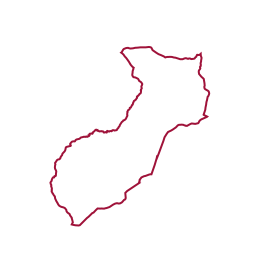 outline of Saliste, Sibiu, Romania, rotated 341°
{"feature_id": "2599482B49493178649584", "entity_name": "Saliste", "entity_type": "district", "adm_level": 2, "iso_a3": "ROU", "parent_name": "Romania", "parent_adm1": "Sibiu", "projection": "mercator", "projection_center": [23.761, 45.54], "detail": "fine", "context": "isolated", "style": "outline", "palette": "rose", "viewbox_px": 256, "rotation_deg": 341, "n_neighbors": 0, "source": "geoboundaries", "source_scale": "gbopen_adm2", "svg_char_len": 5782}
<svg xmlns="http://www.w3.org/2000/svg" viewBox="0 0 256 256"><g transform="rotate(341 128 128)"><path d="M220.9,81.5L219.5,82.1L219.1,82.1L217.8,81.7L217.3,81.3L217.2,81.3L216.8,81.6L216.7,81.9L216.1,82.3L215.8,82.8L215.6,82.9L214.7,83.1L213.7,83.9L213.1,84.0L211.9,83.8L210.2,83.4L209.2,82.4L208.3,82.1L207.5,82.2L207.2,82.1L205.6,80.9L204.9,80.7L203.7,80.6L203.0,80.7L202.0,80.7L200.6,80.2L199.7,79.9L195.8,77.0L194.2,76.2L192.8,75.2L191.7,74.7L188.6,73.7L187.0,73.4L186.2,73.4L185.8,72.9L185.6,72.5L185.0,71.8L183.0,69.9L180.9,68.1L179.3,66.1L176.6,62.4L176.3,60.0L175.8,59.1L174.2,58.2L171.0,57.5L166.1,55.8L163.0,55.1L160.9,54.5L158.8,54.3L156.3,53.7L155.2,53.1L154.1,52.2L152.3,51.8L149.9,51.9L149.0,52.3L146.7,54.3L146.1,54.5L146.8,55.5L147.7,57.2L148.0,58.5L148.5,59.9L149.0,60.9L149.7,63.1L150.5,65.9L150.7,67.1L151.0,68.0L150.9,68.4L151.1,69.0L151.6,70.3L152.1,71.5L153.0,72.9L152.4,73.5L152.2,74.1L151.7,74.7L150.9,75.8L150.2,77.5L149.5,78.7L149.2,79.9L149.6,81.3L149.7,81.7L151.4,82.6L152.6,83.8L153.5,84.8L153.7,85.4L153.9,87.1L154.1,87.4L154.7,88.1L155.3,89.0L155.7,90.2L155.8,91.1L155.6,91.3L155.1,92.1L154.4,92.8L154.1,93.3L154.0,93.7L154.0,94.4L154.0,94.8L153.7,95.2L152.7,96.0L152.6,96.5L152.4,96.6L152.5,97.0L151.8,98.5L151.5,99.0L151.0,99.4L150.1,99.5L149.5,100.0L148.9,100.4L148.7,100.4L148.2,100.8L147.6,100.9L147.4,100.9L147.2,101.3L146.6,101.4L146.5,101.6L146.3,102.5L145.9,102.7L144.5,103.8L143.9,103.9L143.4,104.2L142.4,104.4L141.9,105.0L141.5,105.4L141.3,105.8L140.9,106.0L140.7,106.3L140.3,107.1L139.9,107.5L139.1,107.7L138.9,108.1L138.6,108.3L137.7,109.2L137.2,109.6L136.3,109.5L136.2,109.6L135.9,110.3L135.6,110.7L135.2,110.9L133.7,111.3L133.4,111.8L132.7,112.4L132.7,112.6L132.7,113.0L132.2,113.5L132.0,114.0L131.9,114.6L131.5,115.2L131.5,115.8L131.4,116.2L130.2,117.3L129.6,118.0L128.7,118.8L127.2,119.4L126.1,119.3L125.2,120.0L124.1,120.3L123.1,121.1L122.5,121.5L121.9,122.1L121.3,122.5L121.1,122.7L120.8,123.3L120.4,123.6L119.9,123.9L119.6,124.0L119.2,124.3L119.0,124.7L118.3,125.1L117.8,125.2L117.1,126.0L116.8,126.2L116.4,126.3L114.4,126.0L113.9,125.5L112.9,125.1L112.2,125.2L111.8,125.6L111.4,125.7L111.0,125.4L110.1,125.1L109.6,125.1L109.1,125.0L108.9,125.2L108.7,125.1L107.7,124.1L107.4,124.0L107.2,124.1L107.1,124.6L106.8,125.0L106.4,125.3L106.0,125.2L105.6,124.7L105.3,124.5L104.2,124.6L103.6,124.3L103.5,123.4L103.3,123.1L103.1,122.9L102.5,122.8L102.2,122.7L101.8,122.3L101.3,122.2L100.5,122.1L99.8,121.9L99.6,121.5L98.6,120.9L98.6,120.5L98.2,120.4L98.3,120.0L97.9,120.0L97.5,119.6L97.3,119.2L97.0,119.2L96.0,119.5L95.2,120.1L93.8,120.5L93.0,121.0L92.7,121.2L92.8,121.6L92.5,121.8L91.6,121.3L91.1,121.3L90.3,121.0L89.9,121.0L89.7,121.1L89.3,122.4L88.8,122.7L88.6,122.4L88.5,122.1L88.3,122.0L87.7,122.9L87.1,123.1L86.3,123.0L85.9,122.5L85.7,122.4L84.6,122.5L83.6,121.9L82.8,121.9L80.7,121.7L80.1,121.7L79.0,122.3L78.5,122.4L75.7,122.1L75.1,122.2L74.5,122.4L73.6,123.2L73.3,123.3L72.9,123.2L72.0,122.8L70.9,122.7L70.6,122.7L69.9,123.0L68.3,124.0L68.1,124.3L68.0,124.7L68.3,125.7L68.1,126.1L67.8,126.3L66.6,126.1L64.2,125.9L63.7,125.9L63.0,126.1L62.7,126.4L62.2,127.4L62.0,127.6L61.5,128.5L60.9,129.1L60.2,129.6L58.1,130.7L57.6,131.0L57.0,132.0L56.7,132.3L56.1,132.6L54.6,133.8L54.4,134.0L54.3,134.4L54.1,134.6L53.3,135.1L53.0,135.2L51.6,135.0L51.0,135.1L50.1,135.4L49.4,136.1L48.6,136.7L48.0,137.0L47.7,137.3L47.6,137.6L47.5,138.6L47.4,139.0L47.0,139.4L46.1,141.3L46.0,141.6L45.8,142.8L46.1,145.0L46.0,145.8L45.0,147.8L44.4,149.3L44.1,149.7L43.9,149.8L43.2,149.6L42.7,149.7L42.4,150.3L42.1,150.6L41.2,150.3L40.6,150.6L39.6,151.5L38.9,152.4L38.7,153.0L37.3,154.0L36.9,154.4L36.7,155.7L36.9,156.2L36.9,156.8L36.9,157.1L36.7,157.3L36.4,157.9L36.4,159.9L36.3,160.6L36.2,160.8L35.9,161.1L35.9,161.3L35.9,161.6L35.7,162.2L35.3,162.6L35.1,163.4L35.4,164.2L35.4,165.4L35.7,165.8L35.9,167.1L36.0,167.5L36.1,167.9L36.5,168.7L36.5,169.5L36.3,169.9L36.2,170.8L36.2,171.7L36.4,173.0L36.4,173.7L36.6,174.4L36.8,175.7L37.0,176.1L37.0,176.4L37.1,177.4L37.4,178.4L37.8,179.3L38.9,180.5L39.5,181.0L40.9,181.9L41.8,182.7L42.3,183.3L42.5,183.9L43.0,185.3L42.8,186.3L42.8,186.7L43.1,187.9L44.0,189.4L44.5,189.9L44.7,190.2L44.8,191.9L45.2,193.3L45.4,193.7L45.6,194.8L45.4,195.1L45.4,196.0L45.2,198.6L45.1,199.3L44.4,199.9L43.4,200.9L44.9,201.9L46.7,202.9L49.6,204.1L50.8,204.2L60.0,199.7L61.8,199.1L66.6,196.8L67.8,196.8L70.8,195.2L73.0,194.2L75.6,195.2L76.8,195.5L78.4,196.2L79.4,196.5L80.3,196.5L81.7,196.7L84.8,196.7L89.0,195.6L91.2,195.3L93.1,195.5L94.4,196.3L95.7,196.7L96.6,196.6L98.1,196.3L100.9,194.7L102.0,194.6L102.4,194.3L102.9,193.7L103.1,193.3L104.3,188.5L106.7,187.3L120.8,183.6L120.6,183.4L120.6,183.2L120.9,182.9L121.1,182.7L121.2,182.4L121.4,182.3L121.5,182.1L121.8,181.9L121.9,181.7L121.8,181.4L122.2,180.7L122.8,180.3L123.7,179.8L124.4,179.2L125.5,179.0L127.6,178.8L128.8,179.0L132.9,178.9L134.4,179.1L135.1,179.4L141.0,171.9L145.3,165.9L145.7,165.2L145.8,165.6L148.8,162.1L157.3,151.7L159.5,148.7L162.7,146.1L164.6,144.8L167.6,144.5L169.6,144.1L173.5,143.0L176.0,141.7L177.3,141.6L178.6,142.0L179.5,142.2L181.2,142.9L182.4,144.0L183.1,144.4L183.3,144.7L183.7,144.8L184.4,145.2L188.5,144.5L189.8,144.5L192.9,146.0L195.9,146.3L196.3,146.1L198.0,144.5L199.4,143.9L200.4,143.7L206.1,143.2L206.6,143.0L203.9,140.3L203.8,140.1L207.0,135.9L208.0,133.8L209.5,131.3L210.3,129.6L211.0,128.4L211.7,127.5L212.9,125.4L213.5,124.4L214.4,123.9L215.6,122.5L216.1,121.6L216.2,119.7L215.7,118.8L213.7,116.5L213.3,115.7L213.4,114.7L213.5,114.0L214.3,112.9L214.9,110.5L215.6,106.3L215.3,105.6L214.1,103.5L212.8,100.1L213.1,98.3L213.3,97.6L213.8,96.7L215.4,95.6L215.8,95.1L215.9,93.8L216.5,93.2L217.0,93.0L217.5,91.7L217.5,91.1L217.9,90.1L218.7,89.0L219.2,87.8L220.0,86.4L220.4,85.6L220.4,83.2L220.9,81.5Z" fill="none" stroke="#9f1239" stroke-width="2"/></g></svg>